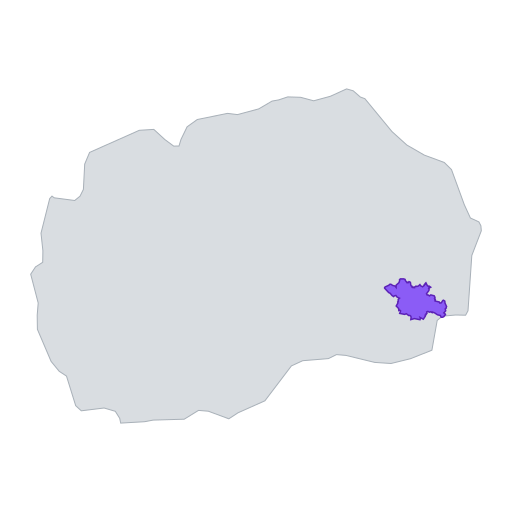 Strumitsa, Strumitsa, North Macedonia (highlighted)
{"feature_id": "65306769B9612885815739", "entity_name": "Strumitsa", "entity_type": "district", "adm_level": 2, "iso_a3": "MKD", "parent_name": "North Macedonia", "parent_adm1": "Strumitsa", "projection": "natural_earth1", "projection_center": [22.651, 41.408], "detail": "fine", "context": "in_parent", "style": "filled", "palette": "violet", "viewbox_px": 512, "rotation_deg": 0, "n_neighbors": 0, "source": "geoboundaries", "source_scale": "gbopen_adm2", "svg_char_len": 2673}
<svg xmlns="http://www.w3.org/2000/svg" viewBox="0 0 512 512"><path d="M227.7,113.4L237.5,114.6L258.7,108.9L272.0,101.1L278.7,99.9L287.7,96.9L300.6,97.3L313.7,100.8L330.3,96.3L346.6,88.9L353.2,90.8L360.3,97.0L364.9,98.7L392.0,131.6L406.8,145.0L424.3,155.1L444.3,162.5L451.5,169.6L464.3,204.7L470.4,218.0L478.9,221.9L480.9,225.8L481.3,230.8L471.8,255.5L468.0,310.8L465.6,315.2L455.6,315.0L442.3,316.2L437.2,320.4L431.9,350.2L410.5,358.7L391.0,363.5L374.7,362.4L345.9,355.4L336.5,354.6L328.4,358.6L302.7,360.7L291.4,365.9L264.9,400.8L238.0,412.8L228.8,418.8L208.3,411.2L198.5,410.4L184.2,419.2L153.1,420.1L144.7,421.7L120.7,423.1L119.7,418.3L115.3,411.3L104.1,408.0L81.3,410.8L75.7,405.7L66.5,376.1L59.2,371.3L51.1,361.4L37.4,329.3L37.2,315.2L38.2,303.0L30.7,274.2L35.5,266.9L42.7,262.3L42.9,250.8L41.0,233.2L49.7,198.6L52.0,196.1L54.2,197.8L74.7,200.5L80.0,196.2L83.4,189.4L84.7,164.1L89.6,152.4L139.3,130.3L153.8,129.4L164.9,139.6L173.7,146.1L179.0,146.0L181.0,139.4L187.1,126.8L197.3,119.5L227.4,113.4L227.7,113.4Z" fill="#d9dde1" stroke="#a8b0b8" stroke-width="1"/><path d="M425.9,282.8L425.0,283.7L425.2,284.3L424.0,285.1L424.2,285.5L422.6,286.8L420.7,285.8L419.9,284.6L418.4,286.0L416.7,286.5L416.0,286.1L415.1,286.9L413.7,287.1L414.0,287.6L412.7,287.5L412.1,287.3L412.1,286.3L411.3,286.0L410.8,285.1L410.4,282.3L409.0,281.6L408.1,282.7L407.1,282.1L406.9,282.5L405.3,280.4L405.1,279.4L403.8,278.9L400.3,278.9L399.5,279.8L399.7,280.3L399.0,282.6L396.2,285.1L396.1,287.4L395.0,286.0L392.8,285.5L391.0,284.3L390.0,284.2L388.7,285.3L385.2,286.9L384.6,287.5L384.6,288.2L388.7,292.6L390.2,293.3L392.0,295.5L393.6,296.6L394.4,295.8L395.9,295.5L397.1,297.1L399.5,298.2L398.2,299.5L398.2,301.6L397.7,301.9L397.9,303.0L396.2,306.0L398.6,308.5L398.8,310.5L399.7,310.1L400.6,310.9L399.7,313.4L404.7,314.4L406.3,313.7L408.6,315.5L410.0,315.5L410.8,316.2L411.1,317.4L410.8,319.6L414.4,318.6L420.0,319.7L420.4,318.3L420.1,317.5L423.3,319.2L425.3,316.2L425.2,315.1L426.1,314.7L426.0,313.9L426.9,313.5L426.7,311.9L427.9,311.4L429.4,312.2L430.5,311.8L432.1,312.6L432.2,312.0L434.5,312.8L437.5,314.8L440.4,315.5L441.0,317.1L441.6,317.3L442.7,317.2L443.5,316.8L444.0,316.5L444.1,316.3L444.5,315.5L445.5,314.8L444.9,313.6L443.8,312.9L445.7,310.8L445.2,308.9L446.3,308.0L446.2,307.2L446.6,306.6L445.0,303.1L444.8,301.1L443.5,300.2L442.8,300.5L441.3,302.8L439.9,303.1L439.3,302.0L435.1,301.0L435.3,299.8L434.8,299.7L435.0,298.7L434.5,298.3L435.0,297.4L434.2,295.8L430.8,294.9L429.5,295.9L428.0,294.9L427.2,295.0L426.5,293.7L428.9,290.5L429.1,289.1L428.7,288.4L430.7,287.2L429.3,286.2L428.8,286.6L428.6,286.1L427.5,285.9L425.9,282.8Z" fill="#8b5cf6" stroke="#5b21b6" stroke-width="1.5"/></svg>